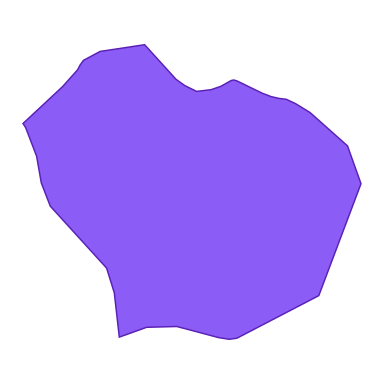 the Parish of Saint Joseph
{"feature_id": "DMA-1436", "entity_name": "Saint Joseph", "entity_type": "Parish", "adm_level": 1, "iso_a3": "DMA", "parent_name": "Dominica", "parent_adm1": "", "projection": "robinson", "projection_center": [-61.392, 15.442], "detail": "fine", "context": "isolated", "style": "filled", "palette": "violet", "viewbox_px": 384, "rotation_deg": 0, "n_neighbors": 0, "source": "natural_earth", "source_scale": "10m", "svg_char_len": 549}
<svg xmlns="http://www.w3.org/2000/svg" viewBox="0 0 384 384"><path d="M119.3,337.1L114.3,292.8L106.6,268.1L50.3,206.2L41.3,182.9L36.6,156.2L25.7,127.7L23.0,123.5L62.6,86.6L77.6,69.8L80.0,65.2L83.5,60.3L100.2,51.4L144.6,44.7L176.0,79.3L184.8,85.6L196.6,91.4L211.0,89.7L220.9,86.3L231.0,80.6L233.6,80.0L236.7,80.8L262.2,93.2L271.1,96.6L278.9,98.4L286.3,99.3L295.8,103.8L310.1,112.6L347.5,145.9L361.0,183.7L318.8,295.6L236.9,338.2L229.3,339.3L218.6,337.6L176.8,326.5L146.6,327.3L119.3,337.1Z" fill="#8b5cf6" stroke="#5b21b6" stroke-width="1.5"/></svg>